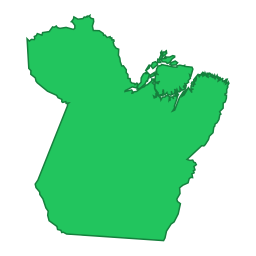 map outline of Pará (Natural Earth projection)
{"feature_id": "BRA-594", "entity_name": "Pará", "entity_type": "State", "adm_level": 1, "iso_a3": "BRA", "parent_name": "Brazil", "parent_adm1": "", "projection": "natural_earth1", "projection_center": [-50.886, -3.617], "detail": "fine", "context": "isolated", "style": "filled", "palette": "green", "viewbox_px": 256, "rotation_deg": 0, "n_neighbors": 0, "source": "natural_earth", "source_scale": "10m", "svg_char_len": 5640}
<svg xmlns="http://www.w3.org/2000/svg" viewBox="0 0 256 256"><path d="M56.3,26.0L57.4,27.6L59.9,28.4L66.1,27.4L73.3,29.4L74.8,28.4L74.9,25.5L72.4,22.0L71.3,21.7L73.4,19.2L73.9,16.9L77.9,19.2L83.0,18.6L84.2,17.0L85.3,17.4L87.1,16.2L87.3,16.9L89.9,15.4L89.6,16.6L91.1,18.3L93.4,18.9L93.7,21.6L92.4,26.0L93.3,30.5L99.2,30.7L103.2,33.4L103.6,35.3L104.9,35.0L107.1,37.5L110.1,36.7L110.2,37.9L111.8,37.9L112.0,40.0L113.7,39.8L114.1,41.1L113.2,42.1L114.0,45.5L116.1,48.2L118.7,49.2L118.4,55.3L119.8,58.1L120.3,61.8L121.8,66.0L123.4,65.8L126.3,69.7L126.2,72.6L127.9,74.5L128.0,78.4L130.1,78.6L130.4,81.7L131.9,83.1L134.2,83.4L135.0,84.6L136.4,83.2L137.5,83.4L137.3,86.5L136.2,87.8L132.4,86.9L125.2,90.6L125.0,91.5L131.7,90.0L132.5,91.5L132.0,93.2L132.9,93.1L133.9,91.9L136.7,91.4L141.3,87.9L144.5,86.6L145.5,85.2L147.3,84.8L151.7,80.9L151.8,79.2L152.7,79.8L152.6,79.0L154.2,79.0L154.4,81.4L152.4,83.0L154.5,84.8L154.6,88.5L157.1,94.0L155.8,94.0L156.2,95.5L155.1,96.9L153.6,96.0L154.2,97.9L156.4,97.1L157.0,95.1L157.8,95.4L160.1,97.4L159.8,98.3L160.4,97.6L160.9,100.0L162.5,97.1L164.8,97.2L165.6,96.0L167.7,95.6L169.4,96.7L169.1,100.3L169.7,99.5L170.3,100.7L169.8,96.9L170.0,97.8L170.3,96.9L172.4,97.1L173.7,98.9L172.8,96.8L173.6,95.9L174.6,96.2L175.4,94.4L175.8,95.2L176.4,94.7L175.9,95.5L175.9,96.1L176.2,96.5L177.2,97.0L177.0,98.6L174.4,106.0L174.5,108.1L172.6,111.0L174.7,110.1L179.4,97.8L183.5,91.5L185.2,90.7L182.5,95.9L184.1,94.9L188.4,87.6L191.9,92.6L191.1,89.9L193.5,89.1L190.9,89.0L191.1,85.7L191.8,84.6L192.0,86.0L193.4,86.3L193.9,84.0L194.7,84.1L194.3,83.0L195.1,82.7L194.3,82.7L194.1,81.4L195.7,81.0L196.4,78.8L196.2,76.7L198.0,74.5L199.2,76.7L200.7,74.7L201.7,75.0L201.6,72.8L202.2,74.1L202.9,74.2L202.9,76.2L204.7,75.1L205.1,73.0L206.5,76.4L208.1,77.2L208.1,76.1L207.3,75.1L206.9,75.8L207.0,73.3L208.0,73.3L207.8,73.6L207.8,74.5L207.9,74.9L209.7,73.3L210.3,74.8L210.5,73.8L211.2,74.3L210.6,75.5L211.7,74.9L211.2,76.3L212.1,77.0L213.1,74.6L213.4,78.2L214.7,75.1L215.5,77.6L214.8,78.2L215.1,78.8L217.1,75.4L217.7,78.8L218.1,77.4L218.7,78.4L218.2,79.6L219.0,78.5L219.1,77.5L220.0,78.2L219.6,77.0L220.5,78.2L220.2,79.5L219.5,79.2L218.4,80.3L218.2,81.0L223.2,78.2L222.4,79.2L222.5,81.4L224.2,80.8L224.3,82.0L224.8,81.0L224.8,82.6L225.3,81.2L226.0,82.3L225.5,81.2L226.0,79.4L227.2,79.2L225.8,83.9L227.7,82.7L227.6,83.8L228.3,82.0L228.9,83.3L227.3,86.1L227.9,86.9L226.7,89.4L226.7,92.9L224.9,94.0L225.1,95.1L226.5,95.2L226.4,98.2L225.2,101.9L223.2,103.1L223.1,108.2L219.6,111.7L220.9,114.1L219.8,114.8L218.9,119.5L217.0,122.7L215.1,124.0L214.7,126.3L213.8,127.1L213.0,132.7L209.4,136.1L208.5,139.5L205.1,144.8L203.9,145.9L201.7,145.7L187.0,159.4L189.9,160.4L192.7,160.1L193.9,162.3L195.3,162.7L196.3,164.7L193.9,166.5L195.0,169.9L193.4,170.6L194.1,172.8L191.9,173.9L192.6,177.6L190.7,177.4L189.1,178.9L188.1,182.8L182.8,185.2L179.6,187.8L180.0,193.6L176.8,199.1L177.5,201.5L180.4,203.7L178.2,213.9L174.1,221.9L171.1,224.0L166.5,231.1L165.0,238.0L163.6,240.6L66.6,234.0L63.3,232.2L61.7,232.5L60.9,230.3L57.6,229.5L56.9,226.4L49.1,220.7L47.7,215.3L48.2,211.2L45.9,207.9L42.9,198.8L39.9,194.6L39.6,191.9L36.0,187.6L35.2,184.1L37.9,180.1L67.5,105.8L67.4,104.2L68.7,103.0L66.1,103.3L65.8,101.6L62.7,102.4L61.8,101.7L61.8,99.4L58.1,97.7L56.6,95.3L47.5,91.2L37.3,82.8L36.0,81.1L35.3,77.9L30.8,74.3L30.9,70.6L28.8,68.4L27.1,38.8L29.3,41.1L31.4,39.4L34.2,39.6L34.8,38.4L34.3,36.5L36.3,35.6L37.3,33.6L41.9,35.1L42.6,32.6L49.2,31.6L52.6,26.9L54.2,27.3L56.3,26.0ZM192.9,69.1L190.9,76.0L189.7,74.9L190.4,78.3L188.2,80.6L188.6,82.1L185.8,84.3L184.2,83.2L185.5,84.5L185.1,85.2L186.2,85.5L185.6,88.1L183.9,86.0L183.2,85.9L183.8,86.2L183.2,87.4L183.9,86.9L185.5,88.8L182.0,90.2L179.9,87.6L180.2,90.9L179.4,91.0L180.4,91.2L179.5,91.9L177.5,91.0L176.9,89.4L176.5,90.4L177.4,92.2L176.1,92.1L175.2,89.6L174.7,89.6L175.1,91.2L174.3,93.7L172.2,94.5L171.4,91.1L171.6,94.2L170.9,95.2L167.3,94.1L166.9,92.5L164.9,94.7L163.9,94.0L163.6,91.9L163.0,91.4L163.5,90.8L163.3,89.4L162.8,91.4L163.6,92.2L163.2,94.1L162.6,92.5L162.9,94.3L161.6,94.6L162.7,95.2L161.0,95.7L157.9,94.6L158.2,93.0L154.8,88.5L155.0,82.2L158.6,83.9L157.7,82.8L159.9,81.3L157.0,82.3L155.6,82.1L155.0,81.0L155.8,72.5L156.7,74.1L158.8,74.8L156.7,73.8L156.5,69.1L158.2,66.0L160.9,65.5L161.6,64.5L172.8,66.9L176.9,67.2L177.0,65.9L179.8,65.1L183.3,65.9L184.7,65.3L184.7,66.4L192.0,67.2L192.9,69.1ZM146.9,71.9L149.4,74.5L147.4,81.1L146.6,80.8L144.9,84.0L140.2,88.2L137.2,89.1L137.9,85.3L141.0,82.4L141.2,77.9L143.4,74.0L146.3,72.2L145.8,74.4L146.2,73.0L147.0,73.3L146.9,71.9ZM166.8,57.1L169.6,57.1L172.8,55.6L174.7,56.1L174.7,57.1L172.2,58.8L169.4,62.7L167.3,63.5L165.8,62.0L162.0,61.7L161.5,58.8L165.7,58.5L166.8,57.1ZM152.9,68.5L151.1,66.2L152.6,62.8L155.4,61.7L157.1,63.0L157.5,64.4L156.8,65.3L152.9,68.5ZM170.0,64.4L171.4,62.5L175.2,61.0L177.6,62.7L175.8,64.9L171.8,65.2L170.0,64.4ZM162.5,55.1L163.3,52.0L165.5,52.2L165.3,51.5L166.3,50.8L166.7,53.3L163.5,56.0L162.5,55.1ZM162.4,57.0L160.8,59.5L159.3,58.8L161.0,54.9L160.6,52.6L161.6,51.3L162.4,57.0ZM154.2,72.6L154.2,75.5L150.2,77.5L150.7,74.8L154.2,72.6ZM157.5,61.3L157.8,59.2L159.7,59.7L160.5,62.5L158.6,62.6L157.5,61.3ZM149.1,65.1L149.9,65.2L149.1,68.1L145.4,70.9L149.1,65.1ZM195.6,77.4L196.2,78.2L195.5,80.8L193.8,81.0L193.7,79.8L195.6,77.4ZM178.5,94.3L177.3,96.8L176.1,96.3L177.5,93.7L178.5,94.3ZM193.3,81.8L194.0,83.0L193.4,84.3L191.4,83.6L192.0,82.1L193.3,81.8ZM203.9,73.0L204.2,75.1L203.3,75.4L203.1,74.1L202.4,73.0L202.8,72.3L203.9,73.0ZM174.8,92.8L176.4,93.2L175.0,94.1L174.8,92.8ZM198.9,74.8L200.4,74.6L199.2,75.8L198.9,74.8ZM165.9,57.0L164.8,57.8L163.9,58.1L165.6,56.4L165.9,57.0Z" fill="#22c55e" stroke="#15803d" stroke-width="1.5"/></svg>